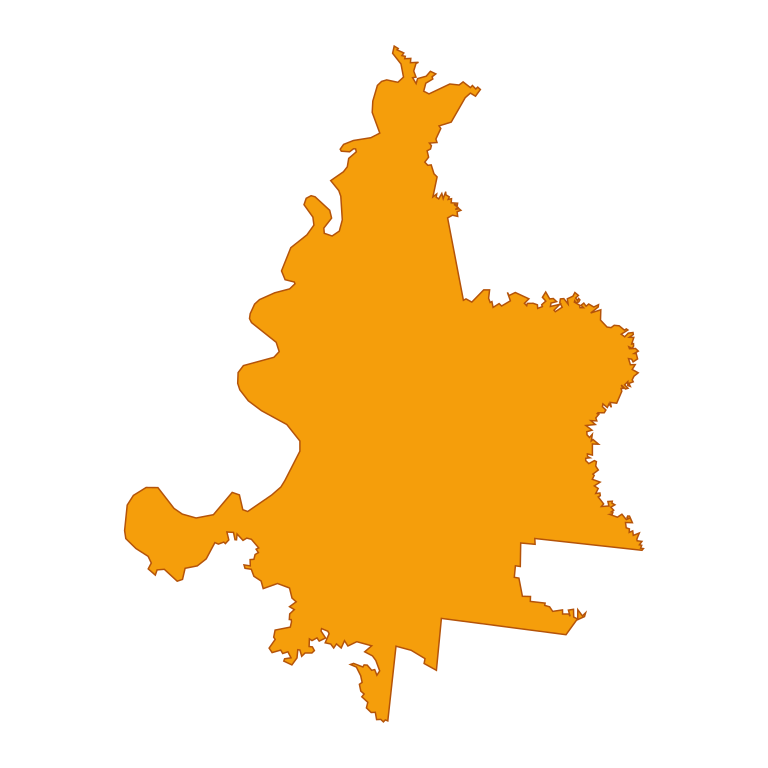 outline of Hidalgotitlán, Veracruz, Mexico
{"feature_id": "50627088B3340107825603", "entity_name": "Hidalgotitlán", "entity_type": "district", "adm_level": 2, "iso_a3": "MEX", "parent_name": "Mexico", "parent_adm1": "Veracruz", "projection": "mercator", "projection_center": [-94.598, 17.582], "detail": "fine", "context": "isolated", "style": "filled", "palette": "amber", "viewbox_px": 768, "rotation_deg": 0, "n_neighbors": 0, "source": "geoboundaries", "source_scale": "gbopen_adm2", "svg_char_len": 6066}
<svg xmlns="http://www.w3.org/2000/svg" viewBox="0 0 768 768"><path d="M642.0,550.3L643.4,548.6L640.6,548.2L641.7,545.3L639.4,544.8L641.9,541.4L637.2,540.8L636.8,539.2L639.3,533.0L633.3,535.4L632.7,530.9L629.2,532.4L629.4,528.9L626.2,527.8L625.5,522.5L632.4,522.7L629.5,516.1L627.7,516.0L627.0,517.7L628.8,518.5L626.3,519.6L621.9,514.2L617.4,517.2L609.8,514.4L612.3,514.0L612.9,512.3L611.3,511.9L613.7,510.2L610.8,507.2L614.9,504.8L611.9,503.1L612.3,501.2L607.9,501.5L608.9,506.0L601.4,506.5L603.6,503.9L598.2,496.9L600.3,495.7L599.9,493.0L595.7,493.5L598.2,488.5L594.3,485.9L600.1,482.1L592.3,479.3L594.2,475.4L592.9,474.1L598.3,470.0L595.7,466.1L596.4,461.6L594.4,460.6L588.8,463.6L585.7,460.6L585.7,458.3L590.0,457.8L587.5,456.5L587.4,453.9L592.4,455.1L592.4,444.0L598.6,444.2L593.0,439.5L591.3,440.9L592.3,434.3L589.5,437.5L587.0,434.8L586.8,431.7L592.0,430.2L585.9,425.5L595.3,424.5L590.8,420.6L596.8,420.9L595.8,417.9L598.9,414.2L597.2,413.6L598.0,412.7L604.2,412.8L605.9,410.0L602.4,406.7L602.9,403.9L607.3,407.5L609.0,403.9L611.4,407.3L610.2,402.4L616.7,403.2L621.8,391.3L621.1,388.5L622.9,388.4L621.3,385.0L625.4,389.0L628.0,388.3L624.6,384.8L627.8,381.6L627.8,385.5L630.3,386.4L628.9,383.4L633.2,381.8L632.2,379.8L634.0,376.2L638.2,372.8L632.2,369.5L635.2,364.6L630.4,364.7L628.5,358.6L631.7,359.2L633.1,361.9L637.6,358.9L636.2,353.6L634.2,353.5L638.3,351.1L635.5,348.5L629.5,348.7L628.8,346.8L632.2,348.4L633.6,346.1L633.5,343.6L631.7,344.0L633.8,337.4L629.3,337.3L633.3,334.5L633.0,332.5L628.3,333.1L624.7,336.8L621.2,334.2L627.9,330.0L626.3,328.9L624.4,330.1L619.2,325.8L614.2,325.3L611.1,327.6L607.1,327.1L600.5,320.1L600.8,309.8L590.7,313.0L598.2,307.0L598.5,304.7L593.8,307.0L588.7,304.0L586.1,306.2L583.8,303.1L581.0,305.3L583.5,307.7L580.0,307.7L579.6,305.2L574.3,302.1L574.7,300.8L575.9,302.7L578.7,302.0L579.9,299.9L578.6,298.5L577.5,300.4L575.6,298.1L578.4,295.4L574.9,292.5L572.9,296.2L567.3,298.8L568.1,304.1L563.8,298.6L560.4,298.9L559.8,302.6L562.2,307.2L555.3,311.7L554.0,310.2L559.8,304.3L550.4,306.5L551.0,303.1L556.6,301.6L553.3,298.5L549.7,298.9L545.7,292.0L542.4,297.3L545.8,301.1L541.7,304.7L542.4,306.6L537.7,308.4L537.4,304.8L533.2,303.3L527.3,303.4L526.7,305.7L524.4,303.3L528.9,298.8L515.3,292.5L509.1,295.5L507.4,292.4L510.4,300.8L501.6,306.0L499.1,303.6L493.1,307.4L491.9,301.6L490.2,302.5L488.6,298.3L489.6,289.9L483.7,289.9L471.8,302.1L466.0,298.9L463.4,300.3L447.6,217.9L452.5,215.2L457.7,216.4L457.1,211.8L460.9,210.3L458.9,208.6L455.3,209.5L458.0,207.4L454.0,204.4L457.3,205.2L457.6,203.2L451.2,202.8L451.5,198.7L448.2,199.4L449.3,196.9L445.9,194.8L445.7,191.7L443.2,198.6L441.8,193.5L438.7,198.9L436.2,197.2L436.7,194.0L432.9,196.9L437.1,176.9L434.0,173.8L431.2,164.9L427.8,165.3L424.8,162.1L428.6,157.2L427.1,150.8L430.5,149.0L431.4,145.7L429.4,143.1L437.0,142.5L435.9,139.0L440.8,128.5L439.0,125.9L451.2,122.1L465.2,97.7L470.4,93.1L475.5,96.2L480.4,89.5L477.7,87.1L475.8,89.0L472.4,85.5L470.4,87.6L463.1,81.9L459.1,85.0L449.8,84.0L429.0,93.9L423.7,91.2L425.8,83.2L432.8,79.0L432.1,76.8L435.8,73.9L430.4,71.3L426.2,76.2L417.6,78.6L416.1,83.6L412.6,77.7L416.0,77.1L413.7,71.0L416.0,63.5L418.5,62.3L410.4,62.7L410.8,58.4L404.7,58.7L405.3,56.3L401.9,55.6L403.8,53.0L397.0,49.8L398.2,48.5L394.2,46.1L392.6,53.3L401.0,64.0L403.5,77.1L397.9,82.3L386.7,79.9L381.6,81.4L377.4,85.4L372.8,101.1L372.2,112.4L379.8,133.1L370.9,137.7L353.4,140.5L343.6,144.4L340.2,149.2L341.3,151.2L349.6,151.8L353.5,148.8L355.6,148.9L356.3,151.8L348.7,158.4L347.3,166.8L343.4,171.8L330.7,180.6L338.8,190.6L340.8,196.3L342.3,219.9L339.3,231.1L332.1,236.0L324.3,233.3L323.8,228.1L331.6,218.1L329.7,210.3L315.1,196.8L311.1,195.7L306.2,198.3L304.0,204.7L312.9,217.1L313.9,225.1L306.9,234.9L290.8,247.7L281.5,270.9L285.1,279.7L294.3,282.0L295.0,283.8L289.6,288.9L274.7,292.8L259.5,299.6L254.6,304.1L250.2,313.7L249.5,318.6L251.5,322.6L276.2,342.3L279.2,351.6L273.9,357.3L243.4,365.6L238.1,372.6L237.7,383.4L239.8,389.8L248.3,400.8L261.5,410.7L286.8,424.5L299.9,441.0L299.9,451.2L284.9,480.5L280.9,487.0L271.7,495.0L247.7,511.5L242.8,509.7L239.4,494.9L232.2,492.4L213.4,514.7L196.1,518.0L182.3,514.1L174.0,508.4L157.9,487.6L146.1,487.5L133.4,495.4L127.2,505.1L124.6,530.6L125.8,538.6L135.9,548.5L148.1,556.3L151.3,563.0L148.2,568.9L155.3,575.1L157.1,569.9L164.3,569.3L177.2,581.2L182.5,579.4L185.1,568.3L197.3,565.9L206.2,558.9L214.9,542.6L218.4,544.1L223.8,542.1L225.4,543.6L228.8,539.9L226.9,532.0L233.5,532.4L235.0,539.7L236.5,539.8L237.1,534.0L243.0,540.4L246.8,538.1L251.4,539.3L258.7,547.9L256.1,549.2L258.4,552.6L255.1,554.5L253.9,559.3L250.1,559.6L250.3,565.9L244.0,564.9L245.0,568.3L251.3,569.3L253.9,576.3L261.1,581.0L263.2,588.6L277.5,583.5L289.5,588.0L292.0,598.1L296.2,601.8L289.5,606.7L294.3,609.6L289.7,613.9L289.3,619.5L291.2,619.6L291.5,621.8L290.3,627.1L275.1,630.1L273.7,637.2L275.2,639.4L269.1,648.1L272.1,652.6L280.7,650.1L282.7,653.5L287.9,651.8L291.0,657.8L284.6,658.8L283.8,661.1L291.9,664.9L297.0,657.9L297.8,649.7L299.9,650.0L301.7,656.3L305.1,653.0L311.9,653.0L314.4,650.6L312.4,646.9L309.1,646.5L309.4,638.9L312.0,640.6L317.0,637.9L319.2,641.1L325.6,638.0L321.0,631.0L321.6,628.6L327.8,631.2L329.1,633.7L325.2,642.8L330.7,644.0L333.7,648.0L336.5,643.9L341.2,648.0L344.5,640.7L347.9,646.0L356.8,641.7L371.7,645.8L364.7,651.8L372.5,655.9L375.8,660.4L379.7,670.9L376.9,675.2L374.7,669.6L371.7,670.3L367.2,665.1L364.1,664.9L362.9,667.0L353.6,663.4L350.4,664.5L356.4,667.1L360.7,675.7L362.1,682.4L359.4,684.3L360.8,691.1L364.1,694.0L361.8,696.8L367.8,702.3L366.4,707.9L371.2,712.5L375.3,712.3L376.6,719.6L380.8,719.4L383.4,721.9L385.3,719.9L387.8,720.9L396.0,646.2L411.2,650.3L425.0,658.6L424.1,663.5L436.4,670.3L441.4,618.4L566.0,634.7L576.5,620.2L584.5,616.6L585.6,612.8L582.4,615.9L577.8,609.7L577.7,619.1L573.7,617.0L573.5,609.3L568.4,610.1L570.1,616.3L568.8,614.0L562.6,614.0L562.5,609.9L552.7,611.4L549.6,606.8L544.7,605.4L545.1,603.1L530.3,601.4L530.5,596.5L522.4,596.3L518.9,578.1L514.3,577.3L515.4,565.8L520.3,566.5L520.7,543.0L535.1,544.3L534.8,538.5L642.0,550.3Z" fill="#f59e0b" stroke="#b45309" stroke-width="1.5"/></svg>